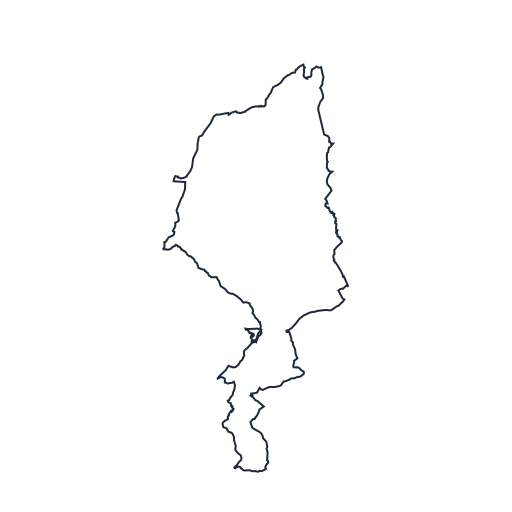 the district of Jichisu De Jos, Cluj, Romania, rotated 298°
{"feature_id": "2599482B10941499312276", "entity_name": "Jichisu De Jos", "entity_type": "district", "adm_level": 2, "iso_a3": "ROU", "parent_name": "Romania", "parent_adm1": "Cluj", "projection": "natural_earth1", "projection_center": [23.756, 47.117], "detail": "fine", "context": "isolated", "style": "outline", "palette": "slate", "viewbox_px": 512, "rotation_deg": 298, "n_neighbors": 0, "source": "geoboundaries", "source_scale": "gbopen_adm2", "svg_char_len": 6118}
<svg xmlns="http://www.w3.org/2000/svg" viewBox="0 0 512 512"><g transform="rotate(298 256 256)"><path d="M259.2,354.4L259.1,353.0L259.4,352.0L264.2,345.0L266.1,345.8L267.6,347.3L267.8,348.1L272.3,349.7L272.4,351.2L272.8,351.2L279.1,343.4L278.4,343.0L278.6,342.3L279.6,341.9L281.5,339.6L286.5,331.5L287.4,329.2L288.0,329.9L287.7,328.8L288.4,326.9L289.4,327.0L290.1,325.9L291.8,324.5L293.1,324.1L294.9,324.3L297.8,322.3L302.4,323.3L308.2,325.3L309.7,324.7L310.2,322.9L312.0,321.1L311.3,320.6L311.7,318.7L312.8,318.5L313.0,317.6L313.8,316.8L314.0,315.8L315.0,315.4L315.4,316.2L316.6,315.9L316.2,315.3L317.1,315.3L317.3,314.0L322.0,311.9L322.1,310.7L323.6,310.4L323.5,309.9L324.6,310.2L325.2,309.3L326.8,308.8L327.3,306.6L328.3,306.0L328.3,305.2L329.1,304.9L329.7,305.6L330.0,305.5L330.1,304.3L329.6,304.0L330.3,303.0L329.6,303.0L329.3,302.3L330.1,301.5L329.9,300.6L330.4,299.8L332.8,297.7L332.8,296.9L332.5,296.5L332.2,297.0L332.0,296.6L332.6,294.4L333.0,294.1L332.9,293.6L335.2,292.9L336.0,294.5L338.1,292.2L339.0,290.3L349.1,292.0L351.1,289.8L352.8,285.4L355.1,283.6L357.6,282.6L362.9,282.4L366.2,283.7L365.4,281.9L365.3,280.1L366.2,279.5L366.3,278.4L367.4,277.0L371.3,275.1L372.8,275.2L373.0,274.5L375.1,272.9L378.9,271.0L380.6,270.4L381.5,270.9L386.0,269.5L386.9,270.4L391.5,271.3L390.3,269.3L391.8,267.7L391.3,266.8L394.3,265.6L395.6,263.4L395.3,259.1L414.1,242.5L416.9,241.1L422.4,240.4L427.0,241.1L430.0,239.2L433.9,235.1L434.5,233.7L439.1,234.0L440.6,233.0L445.9,231.5L447.1,230.0L453.3,224.8L452.6,224.4L451.6,222.4L451.8,220.9L451.6,220.3L448.8,219.2L447.0,217.8L443.3,219.0L441.5,220.1L440.1,220.1L437.8,217.5L436.7,218.1L436.3,217.4L436.7,216.0L436.5,214.9L437.6,213.3L441.9,211.7L443.2,210.6L445.4,210.6L445.2,209.8L447.2,208.0L444.7,206.1L442.0,204.8L440.0,204.5L439.2,203.7L436.2,204.3L435.0,202.1L431.0,199.9L430.5,199.2L426.1,197.2L420.7,196.5L417.6,195.1L413.1,191.9L406.5,192.4L404.9,191.9L401.1,191.9L398.7,191.2L393.8,193.6L391.6,192.8L391.1,190.3L390.4,190.4L390.0,188.7L389.2,188.5L389.2,187.8L387.7,185.2L384.9,182.1L379.0,178.7L378.4,178.8L374.7,174.9L374.5,173.6L373.7,172.2L374.4,170.9L374.0,170.0L371.4,167.4L368.0,165.7L367.8,165.5L369.4,164.4L363.3,156.8L362.5,154.9L359.7,153.2L352.0,153.6L341.2,151.9L338.0,151.9L336.5,151.4L334.9,149.9L333.7,149.8L327.5,151.8L322.2,154.4L312.7,154.7L304.4,157.8L300.0,158.1L294.3,157.2L293.5,157.5L290.7,155.2L289.1,153.0L289.3,152.4L288.7,150.4L290.2,149.1L289.0,149.6L288.7,147.2L286.1,147.3L283.3,148.2L288.1,158.8L281.5,162.0L273.8,163.2L271.1,163.0L259.0,164.4L256.9,166.3L257.1,166.7L256.8,167.0L251.1,171.2L249.5,170.7L247.8,169.2L247.0,169.1L246.4,169.8L244.5,170.7L239.0,170.9L238.8,171.2L238.9,172.7L236.7,173.4L235.6,173.3L231.4,170.1L226.7,169.7L225.6,169.3L225.3,168.6L221.1,170.9L219.0,170.8L219.2,171.6L218.7,171.8L219.8,173.7L220.1,175.1L221.2,176.5L222.7,177.5L224.9,178.1L226.8,179.7L228.2,179.9L228.3,181.8L227.7,182.6L228.3,184.0L227.5,186.0L226.6,187.2L227.0,187.9L226.5,188.5L226.7,190.1L226.4,192.2L224.8,194.9L224.5,197.7L225.0,198.3L225.1,199.3L224.5,200.2L224.4,202.1L222.1,205.3L222.1,206.7L221.6,207.7L218.5,210.7L219.1,215.2L219.7,216.9L218.8,217.9L218.9,219.2L218.2,219.9L218.4,221.3L216.6,223.8L216.7,225.5L216.2,226.5L218.9,231.3L217.2,233.3L216.7,234.8L212.9,238.8L212.3,244.2L210.7,248.2L210.9,251.6L211.7,253.1L211.6,257.4L210.5,263.0L209.0,266.3L209.1,267.2L210.2,268.1L210.7,269.6L211.1,272.7L209.9,273.5L208.2,277.0L206.9,278.6L205.9,279.3L204.0,279.6L203.3,281.5L201.2,284.6L200.7,287.0L199.0,289.9L199.5,290.7L198.3,291.3L196.4,293.2L193.8,293.9L193.5,295.3L192.6,294.9L192.7,291.6L187.9,283.5L186.9,280.8L186.2,281.8L186.7,284.2L185.7,285.0L185.7,286.2L184.9,286.6L185.7,287.8L185.7,289.1L186.1,289.5L185.8,290.8L184.5,291.5L183.9,290.9L183.9,290.1L183.2,290.8L182.9,290.6L183.2,289.3L182.7,289.1L181.4,289.7L180.4,292.0L178.8,292.3L181.7,295.1L183.3,295.3L188.7,294.2L190.7,294.9L191.5,296.2L190.8,297.0L188.0,296.8L185.9,295.8L180.0,296.5L180.2,295.9L179.7,295.0L179.1,294.9L178.5,294.3L178.6,293.9L177.4,293.2L170.7,291.6L167.7,290.3L165.8,290.2L162.4,292.4L161.1,292.2L159.6,292.6L157.3,292.4L155.4,291.5L153.3,291.7L150.6,291.1L148.4,290.2L147.3,288.8L146.7,287.3L146.1,283.2L141.1,282.9L132.8,280.1L130.2,279.6L129.8,279.8L132.8,281.9L133.2,284.9L132.9,286.1L129.7,287.9L130.1,288.6L130.1,290.8L132.7,294.2L134.5,295.4L132.1,298.1L128.2,299.5L124.4,299.9L122.8,300.6L118.3,299.8L116.3,300.0L115.1,299.0L114.2,299.9L113.9,301.8L114.2,302.6L113.0,303.8L112.2,305.7L111.9,305.6L112.4,304.4L111.9,304.4L110.7,306.6L110.7,307.8L109.4,308.2L108.3,307.9L109.9,307.3L107.6,307.8L107.4,306.7L103.0,306.2L102.6,307.0L100.8,306.6L98.7,307.8L95.6,305.7L93.2,305.0L92.0,305.3L89.5,307.5L90.1,310.8L87.9,313.9L88.4,316.8L88.2,318.3L86.2,321.2L82.9,323.2L78.7,327.4L76.2,328.1L74.8,329.2L73.3,333.0L73.0,335.6L72.4,336.7L70.8,338.0L69.0,338.6L65.7,337.6L62.5,337.3L59.2,336.1L58.7,336.7L58.7,337.2L61.0,338.3L61.7,339.3L62.3,341.1L61.4,342.4L61.5,343.6L60.9,344.8L61.1,346.3L63.9,351.0L64.0,353.3L65.8,356.7L66.6,359.3L67.9,360.0L68.9,362.1L72.5,364.8L73.9,363.3L76.3,363.1L79.2,363.7L80.7,362.6L80.8,361.7L88.0,358.5L90.8,355.8L93.0,355.5L96.9,352.2L98.4,347.8L100.5,346.1L101.7,344.2L102.3,341.6L102.4,334.6L102.8,333.1L106.7,329.1L110.7,329.9L111.0,330.8L112.2,331.6L112.9,331.2L115.5,331.8L120.1,331.6L122.1,331.1L126.8,333.6L128.7,324.9L128.3,323.3L130.0,319.5L130.1,316.6L131.2,316.6L131.6,317.7L132.4,316.6L133.3,317.7L133.6,318.6L136.0,321.1L141.3,321.1L140.7,323.0L140.8,324.7L146.5,329.1L149.2,334.2L152.3,337.9L153.8,338.8L158.2,339.3L158.9,340.5L162.1,343.2L164.4,344.5L165.9,347.1L168.7,349.5L170.2,351.7L174.2,353.5L176.2,352.7L176.5,349.4L177.3,347.2L177.4,345.0L176.6,344.5L176.7,343.8L175.6,342.2L175.6,341.1L176.8,340.3L180.2,339.6L181.2,338.8L185.1,340.6L187.8,337.2L191.9,334.4L195.3,330.0L197.1,329.3L197.5,327.2L199.9,325.8L204.4,321.1L203.4,318.6L204.4,317.9L205.9,319.6L209.4,321.4L214.8,322.8L221.1,323.8L226.0,326.1L231.7,330.4L234.9,334.8L236.1,335.6L241.1,342.9L242.9,347.2L243.7,348.0L249.6,351.0L250.6,352.1L256.8,354.2L259.2,354.4Z" fill="none" stroke="#1e293b" stroke-width="2"/></g></svg>